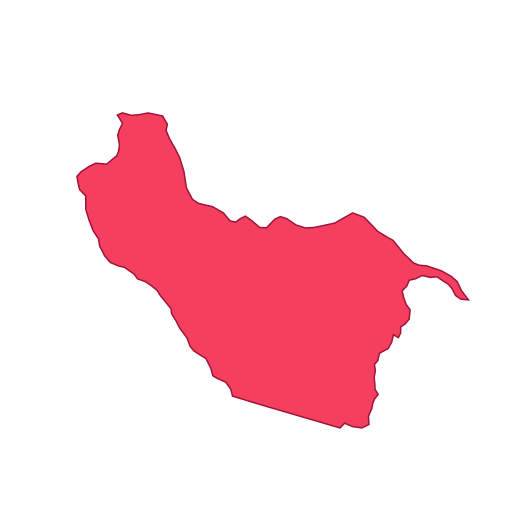 the district of Guaraíta, Goiás, Brazil, rotated 133°
{"feature_id": "56859067B84208885537844", "entity_name": "Guaraíta", "entity_type": "district", "adm_level": 2, "iso_a3": "BRA", "parent_name": "Brazil", "parent_adm1": "Goiás", "projection": "robinson", "projection_center": [-50.064, -15.682], "detail": "fine", "context": "isolated", "style": "filled", "palette": "rose", "viewbox_px": 512, "rotation_deg": 133, "n_neighbors": 0, "source": "geoboundaries", "source_scale": "gbopen_adm2", "svg_char_len": 1822}
<svg xmlns="http://www.w3.org/2000/svg" viewBox="0 0 512 512"><g transform="rotate(133 256 256)"><path d="M154.5,191.0L154.2,196.9L153.9,203.3L158.6,214.7L170.5,218.5L178.2,220.9L186.4,226.5L195.4,232.9L201.8,239.0L206.0,247.8L207.7,259.0L210.6,265.1L216.0,267.3L222.7,267.5L228.1,267.5L232.6,272.7L233.0,282.2L234.1,291.0L240.0,293.1L244.9,293.9L248.0,298.9L246.7,309.2L249.7,321.8L252.8,327.0L256.7,333.8L257.9,341.1L253.6,353.4L243.4,366.3L236.2,378.7L232.6,388.4L229.1,399.5L225.5,407.4L220.1,410.7L217.3,419.7L220.8,425.6L224.9,432.4L232.8,438.2L238.2,443.2L242.5,451.4L247.5,453.5L250.0,444.0L257.0,442.0L262.1,439.4L267.7,431.8L272.6,428.2L277.5,426.2L290.7,427.9L297.4,436.5L304.1,439.1L313.8,441.4L320.0,441.2L324.6,435.0L327.7,430.3L328.2,421.5L337.9,412.4L343.7,402.4L348.6,392.2L350.9,382.8L355.3,377.2L359.1,366.9L360.1,358.1L356.8,349.3L354.0,344.6L352.4,332.8L353.5,327.0L350.2,319.4L349.1,312.4L348.6,304.7L350.2,298.9L352.5,282.2L355.8,278.3L357.8,270.8L360.7,262.8L363.0,250.5L366.9,242.9L367.8,237.0L366.3,228.2L365.1,222.7L369.1,212.1L373.0,205.9L371.9,200.6L368.9,192.1L370.7,183.4L374.5,177.6L363.8,155.7L357.6,143.2L324.4,77.2L317.9,77.2L314.9,69.0L309.5,61.3L302.2,58.5L296.4,64.5L288.5,67.3L284.2,70.1L279.8,71.8L273.9,72.2L272.3,78.0L267.9,82.5L264.1,86.9L258.5,90.4L254.6,95.4L249.5,95.6L242.8,99.4L233.6,96.2L226.5,98.0L219.8,101.8L218.6,96.2L213.7,97.7L209.1,101.8L204.1,100.6L197.8,100.9L190.3,106.5L189.0,113.2L185.4,120.1L181.9,125.3L175.1,125.2L169.2,127.4L163.7,123.7L157.0,121.2L152.9,114.1L147.8,109.4L146.5,101.4L145.5,96.2L146.2,90.4L148.8,83.0L147.8,76.6L143.2,70.7L141.2,82.1L137.5,91.5L137.8,99.7L140.3,110.0L146.8,124.4L151.6,130.6L153.7,136.1L153.5,149.9L152.7,155.2L151.1,166.6L152.7,172.5L155.0,184.0L154.5,191.0Z" fill="#f43f5e" stroke="#9f1239" stroke-width="1.5"/></g></svg>